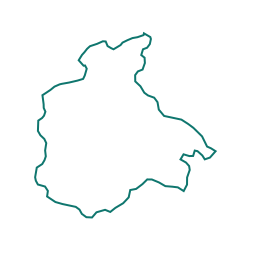 Cheongju-si, North Chungcheong, South Korea, rotated 282°
{"feature_id": "91817680B7472001038353", "entity_name": "Cheongju-si", "entity_type": "district", "adm_level": 2, "iso_a3": "KOR", "parent_name": "South Korea", "parent_adm1": "North Chungcheong", "projection": "orthographic", "projection_center": [127.531, 36.588], "detail": "fine", "context": "isolated", "style": "outline", "palette": "teal", "viewbox_px": 256, "rotation_deg": 282, "n_neighbors": 0, "source": "geoboundaries", "source_scale": "gbopen_adm2", "svg_char_len": 1513}
<svg xmlns="http://www.w3.org/2000/svg" viewBox="0 0 256 256"><g transform="rotate(282 128 128)"><path d="M184.0,65.7L179.7,71.6L180.2,73.0L177.4,75.3L170.4,74.8L166.7,73.9L163.9,68.8L160.2,60.9L157.4,54.0L156.5,52.1L153.2,47.5L149.1,44.2L144.9,40.1L142.3,37.5L133.8,40.5L130.1,41.4L126.8,43.8L122.6,43.3L119.9,41.9L116.6,38.7L106.4,40.5L102.7,43.8L99.9,48.4L96.2,51.2L88.8,51.6L83.2,53.5L79.1,53.0L74.9,51.6L70.3,47.0L60.5,47.4L57.3,48.8L54.0,51.6L53.5,59.0L49.8,62.7L44.2,63.1L40.5,72.4L40.0,79.8L40.0,80.8L40.0,84.9L40.0,93.3L38.1,97.5L34.4,100.7L32.1,105.8L33.0,111.4L39.0,114.7L43.2,122.6L42.2,128.1L47.3,132.3L53.4,138.9L60.3,143.1L67.8,143.1L70.1,148.6L76.1,153.8L81.7,157.5L82.6,162.1L81.2,169.6L78.9,176.6L79.8,183.5L80.3,189.1L77.9,195.6L84.9,197.5L91.9,196.1L99.8,197.1L103.5,195.7L106.3,191.9L108.2,185.9L113.8,187.8L113.3,193.8L114.2,197.5L119.8,198.0L119.8,200.8L116.6,206.4L113.3,209.6L113.9,210.6L116.1,214.3L123.5,218.5L125.4,213.4L126.3,209.2L135.2,202.2L141.7,192.0L144.5,185.9L147.3,178.5L147.3,166.8L147.3,160.8L152.4,154.3L159.4,151.5L163.1,147.3L164.0,140.8L165.9,136.6L171.4,131.5L175.1,125.4L181.2,124.0L185.4,125.9L188.2,130.1L195.1,131.0L200.2,129.6L202.1,125.8L208.1,126.3L210.5,130.0L214.6,131.9L219.8,131.9L221.6,130.9L223.9,123.9L222.1,123.9L218.8,118.4L216.9,113.7L213.7,109.1L210.4,104.9L207.6,103.5L202.0,97.5L202.5,95.2L203.9,91.0L208.0,88.2L207.6,85.4L203.9,80.3L200.1,73.8L196.9,71.5L193.2,69.7L189.9,67.8L184.0,65.7Z" fill="none" stroke="#0f766e" stroke-width="2"/></g></svg>